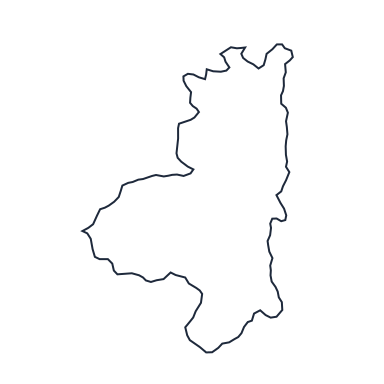 Chavantes, São Paulo, Brazil (Mercator projection), rotated 7°
{"feature_id": "56859067B36846089677549", "entity_name": "Chavantes", "entity_type": "district", "adm_level": 2, "iso_a3": "BRA", "parent_name": "Brazil", "parent_adm1": "São Paulo", "projection": "mercator", "projection_center": [-49.726, -23.042], "detail": "fine", "context": "isolated", "style": "outline", "palette": "slate", "viewbox_px": 384, "rotation_deg": 7, "n_neighbors": 0, "source": "geoboundaries", "source_scale": "gbopen_adm2", "svg_char_len": 2129}
<svg xmlns="http://www.w3.org/2000/svg" viewBox="0 0 384 384"><g transform="rotate(7 192 192)"><path d="M88.0,244.1L93.1,245.8L97.2,250.8L100.3,260.8L103.5,268.2L108.5,269.9L116.7,268.9L121.6,272.8L124.0,279.5L128.0,282.8L142.2,280.0L149.6,281.1L153.8,282.8L157.0,285.4L162.2,286.3L167.6,283.9L174.4,281.9L180.6,274.5L185.9,276.4L195.7,277.7L200.0,283.2L207.9,286.7L211.7,288.8L214.5,291.9L214.4,300.9L210.2,309.9L208.5,316.4L206.0,320.5L201.8,327.1L204.7,334.8L207.9,339.3L211.9,341.4L218.9,345.1L225.6,349.5L231.5,348.6L237.1,343.5L240.5,338.8L247.2,336.7L252.0,332.9L255.6,330.3L258.3,326.1L260.1,319.6L263.2,314.3L267.1,312.4L268.4,305.1L274.1,301.1L280.1,305.2L285.4,307.1L291.1,305.5L296.0,298.1L294.6,290.4L291.0,286.0L289.2,280.4L286.5,276.1L282.0,271.2L280.1,265.2L279.8,260.1L278.6,255.5L279.9,247.8L276.0,241.8L274.1,235.6L273.0,231.4L274.8,225.4L274.8,218.0L273.5,213.9L274.9,208.7L279.2,208.0L284.1,210.1L288.0,208.5L288.4,203.7L285.4,197.3L281.1,192.0L276.2,184.8L280.5,180.5L281.6,175.2L283.9,168.9L286.2,160.4L282.2,155.5L282.7,150.2L280.7,143.7L279.4,135.3L279.2,129.3L279.7,123.1L278.2,115.9L276.7,110.3L277.5,101.6L274.9,96.9L269.8,93.5L268.6,85.2L270.0,80.8L270.3,75.5L269.1,68.0L270.5,61.8L268.8,53.7L273.0,49.5L275.6,45.8L273.3,39.6L266.6,38.0L263.4,34.5L258.2,35.2L254.4,40.5L249.2,45.8L248.7,51.4L247.7,57.4L243.0,61.3L237.3,57.8L231.3,55.7L226.4,52.7L224.1,48.8L227.1,42.1L223.0,43.1L219.0,43.9L213.0,43.6L203.4,51.6L207.5,54.4L209.4,58.6L213.9,63.8L211.3,67.3L206.0,69.1L198.3,69.6L191.7,68.4L191.7,73.6L191.2,78.4L184.8,77.3L179.1,75.2L173.5,75.2L169.4,78.3L170.1,82.6L173.5,87.7L178.9,93.0L178.9,98.5L179.2,103.7L182.3,106.6L186.4,108.7L189.1,111.8L185.3,117.8L181.9,120.5L170.8,125.8L170.4,130.3L171.7,140.6L171.9,155.5L173.6,159.8L177.6,163.2L184.7,167.3L190.6,169.4L188.3,173.7L181.7,177.1L175.0,176.5L170.2,177.4L166.6,178.7L162.1,180.0L154.2,179.5L150.5,180.9L141.8,185.1L137.2,186.3L131.9,189.3L127.6,190.7L122.1,194.1L121.2,199.4L119.9,205.9L115.9,211.2L111.0,215.7L107.4,218.2L102.9,220.3L100.6,227.0L97.8,236.0L93.5,240.2L88.0,244.1Z" fill="none" stroke="#1e293b" stroke-width="2"/></g></svg>